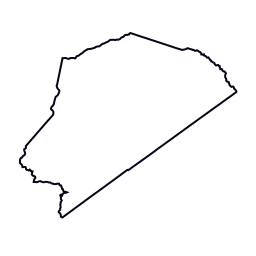 outline of Eldorado do Carajás, Pará, Brazil, rotated 5°
{"feature_id": "56859067B11338403057806", "entity_name": "Eldorado do Carajás", "entity_type": "district", "adm_level": 2, "iso_a3": "BRA", "parent_name": "Brazil", "parent_adm1": "Pará", "projection": "orthographic", "projection_center": [-49.273, -6.12], "detail": "fine", "context": "isolated", "style": "outline", "palette": "ink", "viewbox_px": 256, "rotation_deg": 5, "n_neighbors": 0, "source": "geoboundaries", "source_scale": "gbopen_adm2", "svg_char_len": 3186}
<svg xmlns="http://www.w3.org/2000/svg" viewBox="0 0 256 256"><g transform="rotate(5 128 128)"><path d="M70.5,222.8L99.3,197.5L102.5,194.8L122.7,177.1L130.9,169.8L131.9,170.0L152.8,152.1L157.2,148.2L159.5,146.1L163.5,142.7L189.6,120.0L195.8,114.7L196.9,113.7L201.9,109.4L206.0,105.9L209.1,103.2L220.1,93.7L228.7,86.3L232.8,82.7L232.5,81.4L231.1,80.1L230.3,79.6L230.0,78.6L229.3,77.6L228.3,77.7L227.5,78.0L226.3,77.2L225.4,76.4L225.3,75.5L224.5,74.7L224.6,73.7L223.9,73.4L222.5,73.0L221.7,72.3L221.7,71.1L221.3,70.1L220.6,69.3L220.3,68.3L220.2,67.1L220.4,66.1L220.8,65.0L219.3,63.3L218.3,63.3L217.2,62.7L216.8,61.9L216.3,61.2L214.8,61.3L214.5,60.1L213.9,59.3L214.0,58.4L212.9,58.2L212.4,57.4L211.1,57.7L210.2,58.0L209.5,57.5L208.8,56.7L208.5,55.9L207.7,55.5L205.9,54.6L205.1,54.4L204.9,53.5L204.0,53.2L203.4,52.3L202.6,51.5L202.0,50.7L201.1,51.1L200.3,50.7L199.6,49.9L197.5,49.1L197.2,48.1L196.4,48.6L195.6,48.3L194.6,48.3L194.5,47.2L193.0,46.0L192.1,45.8L191.4,45.3L190.6,44.8L189.7,44.6L189.0,45.1L187.9,45.3L187.2,44.8L186.4,44.4L185.5,44.6L184.6,44.1L183.1,44.0L181.8,43.6L181.0,43.4L180.0,43.4L179.4,44.1L178.5,44.5L177.6,44.8L175.2,45.5L169.5,44.3L137.2,36.7L135.3,36.3L122.2,33.2L121.2,33.8L121.0,34.7L120.0,34.9L119.1,35.4L118.0,35.3L117.2,35.6L116.1,36.6L115.4,37.6L114.4,38.0L113.3,38.7L112.8,39.5L111.8,40.3L110.8,40.8L109.7,41.0L108.8,40.9L107.9,41.4L106.9,41.5L105.8,41.3L104.4,41.6L102.8,41.7L101.7,42.6L101.0,43.4L99.8,44.1L98.8,44.6L97.5,45.5L96.6,45.9L95.8,46.2L94.8,46.7L94.2,47.4L92.2,49.2L91.0,49.3L89.8,49.7L88.5,50.2L87.9,51.0L86.9,51.3L85.8,51.8L84.7,52.2L83.7,52.4L82.7,52.7L81.8,52.9L80.8,53.0L80.2,53.6L78.7,54.6L77.9,55.2L75.7,57.6L74.5,58.3L73.5,59.2L72.9,59.9L72.1,60.4L70.9,60.8L70.3,61.5L69.9,62.5L69.2,63.3L67.7,63.0L66.7,63.1L64.9,63.3L64.1,63.5L63.4,64.2L62.0,64.3L61.1,64.0L59.7,63.7L58.7,63.8L57.5,64.2L56.7,64.1L53.6,90.8L53.2,92.2L53.7,93.4L54.0,94.2L55.1,95.5L56.2,96.5L56.4,98.0L55.9,99.6L55.0,101.7L53.3,103.2L52.8,105.2L52.4,107.3L52.0,110.9L51.3,112.0L49.9,114.0L49.6,115.2L49.8,116.1L51.4,117.2L52.3,118.6L52.4,120.1L52.1,121.6L51.5,122.4L44.3,132.1L27.8,154.9L28.0,155.9L27.9,157.1L26.4,158.3L26.8,160.0L27.8,162.0L27.4,163.8L25.4,165.5L25.0,166.7L23.8,167.3L23.2,168.8L23.4,171.8L23.9,172.9L25.0,173.5L25.9,174.7L26.3,176.2L27.8,175.9L29.2,175.8L29.8,176.7L30.1,178.1L30.9,178.5L31.9,178.6L33.0,179.0L33.8,178.0L34.7,178.7L35.2,179.5L36.7,179.6L36.3,181.0L36.3,182.7L37.1,183.7L38.3,183.9L39.7,184.6L40.1,185.8L39.2,187.0L38.8,188.7L38.8,190.0L40.5,189.8L41.6,190.0L42.8,189.6L44.3,188.7L45.4,188.6L46.6,189.1L47.8,189.3L48.9,189.4L50.1,188.9L52.1,188.7L53.5,189.1L55.3,189.0L56.5,189.8L58.1,190.1L59.9,190.3L61.2,190.1L62.0,189.8L63.0,189.5L64.1,189.5L65.0,191.0L66.3,191.1L66.7,192.1L67.3,193.0L67.6,194.5L68.6,194.8L68.8,195.7L69.2,196.5L70.2,197.1L71.7,197.0L72.8,197.4L71.6,198.0L70.2,198.2L69.1,198.9L68.6,199.7L68.4,200.6L67.6,200.1L66.6,200.4L66.4,201.4L67.5,202.0L67.2,203.6L67.4,204.7L68.3,205.9L67.9,206.9L67.3,208.0L67.5,209.2L67.2,210.3L67.6,211.8L67.8,212.9L67.3,214.2L67.6,215.4L66.3,216.9L66.3,218.0L67.3,218.6L68.1,219.4L68.6,220.5L68.8,221.8L69.4,222.7L70.5,222.8Z" fill="none" stroke="#020617" stroke-width="2"/></g></svg>